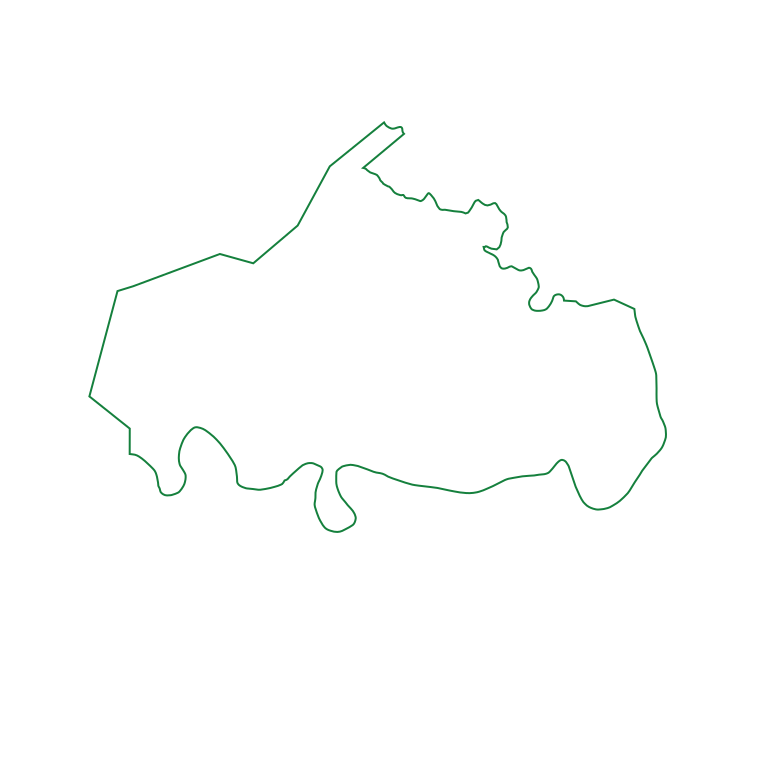 San Manuel, Cortés, Honduras (Albers equal-area conic projection), rotated 52°
{"feature_id": "27666195B93491027211902", "entity_name": "San Manuel", "entity_type": "district", "adm_level": 2, "iso_a3": "HND", "parent_name": "Honduras", "parent_adm1": "Cortés", "projection": "albers", "projection_center": [-87.892, 15.375], "detail": "fine", "context": "isolated", "style": "outline", "palette": "green", "viewbox_px": 768, "rotation_deg": 52, "n_neighbors": 0, "source": "geoboundaries", "source_scale": "gbopen_adm2", "svg_char_len": 6165}
<svg xmlns="http://www.w3.org/2000/svg" viewBox="0 0 768 768"><g transform="rotate(52 384 384)"><path d="M282.6,627.5L284.9,625.2L286.4,623.8L288.3,622.6L290.4,621.7L293.6,620.7L297.6,619.8L304.5,618.7L308.5,618.2L310.5,618.1L311.7,618.2L313.3,618.5L315.1,619.1L317.3,620.0L320.2,621.5L322.5,622.7L325.3,624.5L326.0,624.7L327.2,624.9L328.2,625.1L330.2,626.0L331.2,626.4L332.0,626.5L333.2,626.4L335.0,625.9L336.7,625.0L338.2,623.6L340.0,621.0L340.7,619.8L342.1,616.0L342.7,613.7L342.9,612.6L342.8,611.2L342.1,608.2L341.0,605.1L339.9,602.9L338.7,601.2L337.0,599.2L335.5,597.8L333.9,596.6L332.8,596.1L331.1,595.7L327.9,595.3L323.1,594.9L321.9,594.6L320.7,594.1L318.5,593.0L315.9,591.2L313.6,589.2L310.9,586.5L309.1,584.1L306.5,580.1L304.4,576.3L303.3,573.4L302.2,569.5L301.4,564.6L301.4,561.6L301.6,560.3L301.9,559.5L302.5,558.5L303.3,557.6L305.5,555.8L307.9,554.3L310.5,553.2L315.1,551.9L320.7,550.7L324.6,550.2L329.9,549.8L335.8,549.8L343.1,550.1L351.6,550.8L356.0,551.5L358.2,552.2L360.9,553.6L366.3,556.8L368.6,558.4L370.5,559.8L371.3,560.2L372.3,560.5L374.0,560.5L375.9,560.0L378.0,559.0L381.1,557.0L382.0,556.2L386.0,552.0L389.8,548.3L391.1,546.7L393.7,542.1L396.0,537.5L397.7,533.5L399.0,530.2L399.9,527.0L400.1,525.8L399.7,523.9L398.8,521.7L399.4,520.1L399.6,518.6L398.9,515.1L398.5,510.8L398.0,503.0L397.9,498.2L398.7,494.9L399.6,492.7L400.4,491.4L401.4,490.1L402.5,489.0L403.3,488.4L409.5,485.1L410.2,484.8L411.2,484.6L412.3,484.7L413.3,484.9L414.0,485.3L415.6,486.9L417.7,489.9L419.6,493.1L421.2,496.4L421.9,497.6L425.3,502.4L427.4,504.8L431.6,508.2L433.2,509.8L435.1,511.9L436.4,513.0L438.4,514.1L444.2,516.2L449.4,517.8L452.3,518.4L457.5,519.1L459.9,519.1L461.2,519.0L462.4,518.7L463.8,518.2L465.3,517.4L466.8,516.4L469.6,514.3L470.9,512.9L471.9,511.8L473.2,509.6L474.0,507.4L474.7,503.9L475.5,499.5L475.9,495.5L475.7,494.0L475.0,492.3L473.9,490.6L472.6,489.1L471.5,488.3L469.4,487.5L468.0,487.1L464.9,486.7L461.8,486.8L457.1,487.2L453.5,487.2L448.2,487.4L446.4,487.3L443.9,486.8L440.5,485.9L438.1,485.1L435.5,484.1L433.2,482.9L431.6,481.8L427.0,478.2L424.5,476.0L423.9,475.4L423.4,474.2L423.2,472.0L423.3,467.9L423.7,466.7L424.9,463.9L427.0,460.2L428.9,458.2L432.5,455.1L441.3,449.5L446.7,446.3L449.0,444.6L452.0,441.8L453.8,440.4L456.0,439.2L459.5,437.8L463.9,435.2L474.8,428.0L480.7,423.7L482.6,422.0L485.5,419.2L493.6,411.0L498.8,405.9L508.1,398.1L512.1,394.6L516.3,390.8L520.6,386.3L522.8,383.6L524.8,380.6L526.6,377.3L527.5,375.2L528.9,371.2L529.9,367.4L531.5,361.1L534.1,347.9L534.6,346.2L535.3,344.3L537.8,339.5L541.9,331.9L545.7,326.1L548.5,322.0L550.9,317.7L553.7,313.3L554.4,311.8L554.8,310.7L555.2,309.0L555.1,307.2L554.4,303.3L552.9,297.0L552.6,294.4L552.6,292.9L552.8,291.6L553.2,290.7L553.8,290.0L555.2,289.1L556.9,288.6L558.2,288.6L561.8,288.9L563.2,289.3L582.9,296.2L592.6,298.6L596.6,299.3L599.7,299.6L602.0,299.4L604.7,299.0L607.0,298.2L609.0,297.2L611.1,295.9L613.4,294.1L614.7,292.7L616.1,290.6L617.8,287.8L619.4,284.3L620.2,281.8L620.7,278.4L621.2,274.0L621.3,270.1L620.9,264.9L620.5,261.9L620.1,259.1L619.2,256.0L615.8,246.9L613.0,238.4L611.3,233.9L607.9,221.1L607.4,219.3L607.2,218.2L607.1,214.8L606.9,211.9L606.1,207.3L605.5,205.0L604.8,203.2L603.8,201.2L601.2,197.0L599.5,194.7L597.3,192.8L593.8,190.4L592.1,189.4L590.5,188.7L585.7,187.3L584.0,186.9L581.4,186.6L579.9,186.2L570.5,182.4L567.7,181.1L565.7,179.9L562.8,177.8L559.9,175.6L555.1,171.8L544.9,164.2L543.4,163.3L541.9,162.6L539.1,161.5L532.4,159.1L517.9,154.2L514.6,153.2L508.1,151.5L499.9,149.7L495.1,148.1L489.6,146.1L485.7,144.5L484.1,143.6L479.0,140.5L459.1,150.8L448.1,175.5L446.9,177.2L445.8,178.4L444.3,179.6L442.6,180.7L440.6,181.3L437.0,181.9L429.1,190.8L428.0,190.1L426.9,189.6L425.7,189.3L424.6,189.3L423.4,189.5L422.4,189.9L421.5,190.5L420.6,191.5L419.9,192.7L419.4,194.1L419.3,195.0L419.4,196.2L419.8,197.0L420.9,198.6L422.0,200.3L423.3,203.1L424.3,206.2L424.6,207.6L424.9,209.3L424.8,210.7L424.4,212.2L423.6,213.9L422.5,215.8L421.1,217.7L419.9,219.1L418.8,220.1L417.5,220.9L416.3,221.5L415.4,221.6L413.8,221.5L411.5,220.9L410.5,220.5L409.8,220.0L408.8,219.2L408.1,218.3L407.2,216.7L406.6,214.9L406.0,211.9L405.7,208.5L405.4,207.2L404.5,205.0L403.9,203.8L403.3,202.8L402.6,202.1L400.8,201.0L398.7,200.0L396.9,199.2L395.4,198.7L393.9,198.5L390.5,198.4L386.9,198.1L385.0,197.4L383.8,197.2L383.2,197.3L382.6,197.5L382.1,197.8L381.6,198.3L380.1,204.0L379.2,205.7L378.3,206.9L377.7,207.4L376.9,207.9L370.1,210.8L369.7,211.1L368.9,212.7L368.4,215.3L367.5,217.6L366.7,218.8L365.7,219.8L364.3,220.3L362.4,220.3L358.2,218.7L356.2,217.8L354.4,217.6L352.5,217.7L351.0,218.0L349.5,218.5L342.5,221.9L340.8,222.4L339.9,222.3L337.3,221.1L338.2,219.9L338.2,218.9L339.3,218.1L341.2,217.3L343.5,216.0L347.3,212.3L347.2,208.9L345.8,206.2L343.5,203.4L341.0,201.1L338.6,197.5L337.9,196.1L337.6,193.4L337.5,191.4L336.8,190.0L334.3,188.5L331.9,187.7L330.2,186.5L327.4,184.9L326.0,184.5L323.9,184.6L321.0,185.4L319.7,185.6L317.3,185.6L311.4,184.7L309.8,185.1L308.9,186.6L308.3,189.5L307.0,192.5L305.0,194.2L302.4,195.2L300.3,195.7L299.1,195.9L297.0,196.4L296.1,199.0L296.5,200.8L298.9,206.2L300.3,210.5L300.7,212.3L299.8,214.7L297.8,215.8L295.9,217.2L290.8,222.6L284.2,228.7L282.8,230.7L281.7,231.7L280.9,232.2L280.4,232.4L278.1,232.4L276.4,232.3L271.6,231.0L268.4,230.5L263.9,230.6L261.7,230.9L261.1,231.4L261.0,232.2L262.8,238.5L262.9,240.5L262.5,242.4L261.9,243.0L257.7,245.6L255.6,247.2L254.5,248.2L252.2,251.0L250.9,252.1L250.3,252.3L249.6,252.5L247.8,252.3L247.0,252.4L246.4,253.1L245.9,254.2L245.0,255.0L242.5,256.7L240.2,257.7L238.4,258.0L235.3,257.9L232.6,258.2L231.7,258.4L230.7,259.2L227.3,260.7L225.5,261.3L224.4,261.1L222.8,261.4L221.4,261.5L220.6,261.4L219.4,261.0L218.5,260.9L216.6,260.8L214.9,260.9L213.3,261.7L208.8,264.6L205.2,265.6L203.4,265.8L201.9,266.6L200.9,267.4L199.2,214.2L198.2,214.3L197.0,214.1L195.8,213.6L194.5,212.7L193.9,212.4L193.1,212.2L192.3,212.3L191.6,212.8L191.0,213.6L190.2,215.4L189.3,218.0L188.8,219.0L188.0,220.2L187.2,220.9L185.1,222.1L182.3,223.1L180.4,223.2L177.9,222.9L179.1,292.7L206.0,354.5L208.4,412.7L180.5,433.3L152.5,521.6L146.7,536.8L212.4,623.8L262.6,611.8L282.6,627.5Z" fill="none" stroke="#15803d" stroke-width="2"/></g></svg>